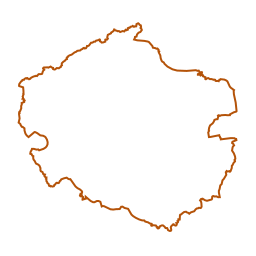 the district of Pho Thale, Phichit, Thailand, rotated 88°
{"feature_id": "78962969B47406793118742", "entity_name": "Pho Thale", "entity_type": "district", "adm_level": 2, "iso_a3": "THA", "parent_name": "Thailand", "parent_adm1": "Phichit", "projection": "albers", "projection_center": [100.23, 16.06], "detail": "fine", "context": "isolated", "style": "outline", "palette": "amber", "viewbox_px": 256, "rotation_deg": 88, "n_neighbors": 0, "source": "geoboundaries", "source_scale": "gbopen_adm2", "svg_char_len": 5746}
<svg xmlns="http://www.w3.org/2000/svg" viewBox="0 0 256 256"><g transform="rotate(88 128 128)"><path d="M221.1,79.5L216.8,79.1L216.4,78.7L216.2,77.8L215.1,76.6L213.9,74.8L213.7,72.9L214.4,72.1L215.0,70.5L215.8,69.8L214.5,68.1L213.5,64.7L211.6,63.2L210.7,61.8L210.7,60.7L210.2,60.0L210.5,58.3L210.3,57.8L209.2,57.2L205.5,57.3L203.8,57.7L202.9,58.5L201.6,57.6L201.4,57.0L201.8,56.4L201.3,55.8L202.8,53.7L203.5,51.6L202.4,47.0L201.8,46.5L199.5,46.2L199.0,45.4L199.0,44.8L199.5,44.0L199.4,42.0L200.3,40.4L200.3,38.7L195.9,39.4L194.0,39.4L192.2,38.6L188.6,37.8L187.4,36.4L183.6,35.4L182.2,34.0L178.2,31.4L175.6,31.8L174.4,30.9L175.0,30.0L174.6,28.0L175.2,27.6L174.7,27.0L171.6,25.7L169.3,25.5L168.7,24.8L166.4,23.6L165.1,22.2L164.6,22.2L163.7,22.7L162.5,21.8L160.2,22.0L157.0,23.1L154.2,24.8L150.8,24.1L149.6,23.3L149.1,22.6L147.6,23.3L146.6,24.5L145.4,24.1L143.9,20.1L142.7,20.3L142.5,21.3L141.9,22.0L141.7,25.8L142.6,35.6L141.5,35.6L140.9,36.3L140.0,36.4L139.2,37.0L138.4,37.1L139.8,45.7L139.9,47.4L135.3,48.0L133.6,47.1L133.1,47.4L130.6,46.9L128.3,45.9L126.3,43.2L124.6,42.0L122.9,41.3L122.3,39.4L122.3,38.2L119.8,37.4L118.8,37.7L118.4,37.0L118.6,36.3L119.1,35.7L118.5,34.3L118.4,30.2L118.7,28.2L118.7,25.7L117.9,25.6L116.0,21.7L115.4,19.3L114.9,18.9L106.3,19.5L97.9,21.0L94.4,21.1L93.8,20.7L91.4,23.8L90.2,24.8L84.9,27.0L84.0,28.0L83.0,30.0L82.4,33.9L83.2,34.5L83.1,35.1L84.4,35.7L84.1,36.5L84.1,38.4L83.9,38.9L82.9,39.2L82.6,40.4L82.8,40.8L82.0,42.8L82.0,44.4L80.9,46.1L81.1,47.1L82.0,48.5L81.6,49.1L80.7,48.8L79.9,48.9L79.5,50.1L79.0,50.6L78.9,51.2L78.0,51.2L77.5,51.6L77.4,52.0L78.1,53.7L76.9,54.5L77.2,55.2L77.2,56.3L76.7,56.3L76.2,55.9L76.0,54.7L76.6,53.3L76.5,52.9L75.9,52.3L75.1,52.1L74.7,52.3L74.9,53.4L74.6,54.5L73.1,55.3L73.3,56.6L72.6,58.2L73.0,67.5L72.3,76.9L70.9,81.5L68.0,86.4L65.1,89.3L63.8,89.9L62.8,91.5L61.9,92.1L59.4,92.9L56.5,93.2L53.6,94.6L52.6,94.1L52.0,95.0L50.9,94.7L49.6,95.8L49.8,96.7L49.1,98.0L48.6,100.3L46.9,100.8L42.8,104.1L42.3,105.2L41.5,108.7L40.7,115.7L39.8,118.8L38.5,118.1L37.2,117.8L36.9,116.3L34.8,115.7L33.1,114.1L32.5,112.3L30.6,110.8L29.8,110.9L28.6,112.0L27.9,111.9L27.6,111.4L25.9,111.6L25.3,112.8L24.3,113.4L23.7,114.2L24.5,115.9L26.3,116.1L26.8,116.5L26.6,117.6L27.1,118.5L26.1,119.7L26.8,120.7L26.9,122.0L28.0,122.9L27.8,123.7L28.2,124.7L28.6,124.9L29.7,124.7L30.3,126.4L29.8,127.0L31.4,128.4L30.9,129.8L31.8,132.5L30.8,133.7L30.9,135.1L30.4,135.8L29.9,137.6L29.1,138.0L29.0,138.4L30.3,139.0L31.2,140.0L32.0,141.5L32.8,141.7L34.2,144.9L36.7,145.6L38.0,145.0L39.0,146.0L38.7,147.0L38.9,147.6L40.9,147.7L41.6,149.8L41.7,151.4L40.7,152.2L40.4,153.0L38.7,153.0L38.5,153.5L39.1,154.4L39.6,156.9L40.6,157.9L40.5,159.1L41.4,160.4L41.5,162.0L44.1,164.0L44.7,165.2L44.6,166.1L45.3,166.3L46.8,167.2L47.0,168.6L46.4,169.1L46.5,169.8L47.5,170.8L47.8,171.9L48.8,173.0L49.1,176.0L50.0,177.1L50.6,178.8L52.7,181.7L53.4,184.0L54.6,185.9L55.1,185.8L55.8,186.8L57.0,186.6L57.5,187.9L58.5,188.6L59.5,190.3L60.9,191.8L61.8,192.1L63.0,191.8L63.7,192.7L64.8,193.1L65.1,194.1L65.9,195.0L65.6,197.1L66.9,198.8L67.0,199.6L66.5,200.8L65.3,200.8L65.0,201.9L63.9,203.2L64.9,205.5L64.6,206.0L64.6,210.0L64.9,210.5L65.6,210.8L66.9,209.7L67.5,210.5L68.6,211.2L70.8,211.9L71.1,212.9L71.1,215.5L72.9,217.1L72.6,218.1L72.9,218.5L72.9,219.4L73.5,221.2L74.4,223.1L75.4,224.0L75.8,224.9L75.8,225.2L75.3,225.4L75.1,227.2L74.6,227.2L74.7,228.6L75.4,229.8L76.1,230.1L76.3,231.8L77.0,232.0L77.6,233.1L80.2,235.1L81.6,235.4L82.3,235.3L83.7,231.4L86.7,231.2L90.0,231.2L90.3,231.5L90.7,231.2L92.9,232.2L93.5,231.9L94.5,231.9L95.1,232.3L95.3,231.3L96.1,231.2L96.7,230.5L97.2,231.2L98.1,230.7L98.4,230.8L99.3,233.4L100.6,233.3L102.3,234.0L104.6,234.0L107.3,235.2L108.2,236.1L109.1,235.8L109.2,236.3L110.3,236.4L114.7,236.0L118.8,237.1L120.2,235.5L121.4,235.1L123.1,234.1L123.2,233.3L124.7,231.5L126.9,231.5L130.0,230.7L131.9,229.5L133.6,227.7L128.8,221.6L128.9,220.8L130.0,218.8L132.3,215.9L132.8,213.0L133.8,211.3L134.4,210.7L136.8,209.4L139.4,208.8L141.6,209.0L143.4,209.9L144.6,211.0L145.9,213.2L147.2,217.6L146.3,218.4L146.4,220.2L145.6,222.7L145.5,224.7L146.9,225.2L148.2,226.1L150.2,226.6L150.5,226.5L150.7,225.3L152.2,224.7L152.8,223.6L154.6,223.8L156.2,223.5L157.5,222.5L160.3,221.2L161.5,218.9L162.6,217.8L165.0,216.9L167.0,217.0L168.2,216.6L169.0,215.0L171.1,214.3L171.6,212.6L172.9,213.3L173.9,212.4L174.4,212.3L174.6,211.4L174.9,211.6L175.5,211.4L175.9,211.6L176.0,211.3L178.2,211.4L179.2,210.7L180.2,210.5L181.1,209.3L183.0,208.9L183.6,207.5L183.2,207.3L183.9,205.5L183.6,204.1L182.4,203.7L182.0,202.7L181.2,202.4L180.4,201.5L180.2,200.9L180.7,199.9L180.3,198.8L178.6,198.0L178.2,197.2L177.0,196.5L176.0,193.6L175.5,191.0L176.6,189.7L177.2,188.4L177.1,187.4L184.6,182.5L186.4,180.5L187.7,178.2L189.3,176.5L190.1,176.1L191.2,176.2L191.9,176.8L192.0,177.7L193.8,178.4L194.5,178.0L194.8,176.9L194.0,176.4L195.0,176.1L195.5,175.1L196.5,175.1L197.4,176.0L198.0,175.9L197.1,172.4L195.4,172.5L199.6,167.9L200.9,165.6L201.0,164.1L199.9,161.7L199.9,160.0L200.8,158.2L205.5,157.0L205.1,156.0L205.3,154.7L208.6,148.4L209.0,145.6L208.7,142.8L208.7,139.1L206.5,137.6L206.4,136.2L207.8,134.2L208.8,130.7L214.6,127.6L216.2,126.0L218.0,123.4L219.8,120.0L220.8,117.2L221.0,114.9L222.1,114.1L223.0,111.2L224.2,109.5L224.6,107.7L224.9,107.6L226.2,108.2L226.5,108.0L226.5,107.3L226.0,106.6L226.4,103.5L226.9,103.1L227.8,102.9L228.0,102.0L228.9,102.2L229.4,101.7L229.4,101.0L228.8,100.2L227.2,99.4L226.5,97.4L226.6,96.4L228.0,94.8L229.3,94.0L229.4,92.3L231.5,91.5L232.3,90.0L232.3,88.9L231.4,88.3L228.7,88.7L227.8,88.3L225.8,86.2L225.8,85.7L226.6,85.3L227.2,83.9L227.0,83.1L225.9,82.6L224.9,82.9L225.0,82.4L224.2,82.0L224.0,81.5L222.8,81.7L222.8,81.1L222.1,80.7L221.0,80.9L220.9,80.4L221.1,79.5Z" fill="none" stroke="#b45309" stroke-width="2"/></g></svg>